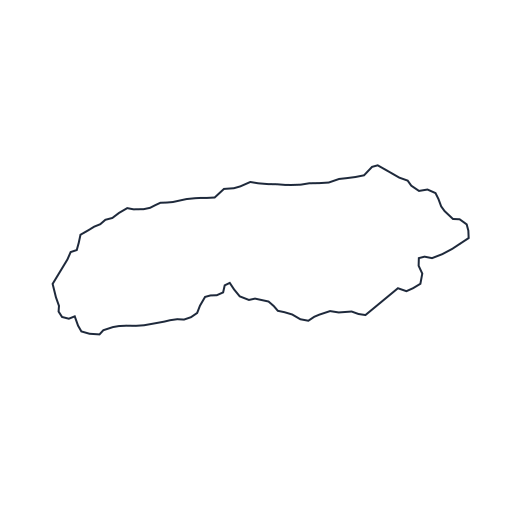 Baixio, Ceará, Brazil, rotated 331°
{"feature_id": "56859067B56515520379315", "entity_name": "Baixio", "entity_type": "district", "adm_level": 2, "iso_a3": "BRA", "parent_name": "Brazil", "parent_adm1": "Ceará", "projection": "albers", "projection_center": [-38.756, -6.713], "detail": "fine", "context": "isolated", "style": "outline", "palette": "slate", "viewbox_px": 512, "rotation_deg": 331, "n_neighbors": 0, "source": "geoboundaries", "source_scale": "gbopen_adm2", "svg_char_len": 1603}
<svg xmlns="http://www.w3.org/2000/svg" viewBox="0 0 512 512"><g transform="rotate(331 256 256)"><path d="M412.4,245.5L406.4,235.7L400.7,234.3L389.6,237.8L381.2,235.1L372.9,231.8L366.0,228.9L355.2,227.0L346.8,223.0L337.8,218.2L329.7,215.3L321.3,211.0L316.0,208.0L309.1,203.4L301.3,198.9L293.2,193.5L286.9,188.5L276.0,187.5L269.5,186.0L260.5,181.8L248.2,184.8L241.4,181.5L236.0,178.5L230.9,176.0L222.8,172.5L216.5,170.6L209.5,168.5L203.9,166.0L198.2,163.1L192.6,162.7L186.7,162.5L180.5,160.6L171.5,155.8L166.6,151.7L157.1,151.9L148.8,153.1L141.8,151.3L135.2,152.7L128.7,151.9L122.0,152.2L112.8,152.3L107.3,158.6L102.1,163.9L95.8,162.7L89.4,167.6L64.6,181.8L61.0,195.1L59.5,204.1L56.4,208.9L56.8,215.3L61.9,220.1L68.2,220.9L66.6,230.6L66.7,237.3L72.7,243.3L81.1,248.7L86.5,246.9L96.4,248.8L102.1,250.8L109.0,254.2L117.0,258.8L124.5,262.3L136.2,266.3L143.9,268.9L149.7,270.5L156.5,273.1L162.2,276.7L169.5,278.0L176.9,277.3L182.9,272.3L191.6,267.1L197.0,268.4L202.7,271.3L209.6,271.9L214.4,266.5L220.0,266.8L220.6,274.6L222.2,283.4L228.5,291.0L234.5,292.8L239.3,297.0L244.9,301.9L247.3,308.5L248.5,314.5L253.6,318.9L259.3,324.7L264.1,332.8L270.4,338.0L277.5,337.4L283.0,338.0L294.1,340.1L301.0,345.5L312.7,350.9L317.5,356.4L323.1,360.7L364.5,353.0L370.5,359.7L377.7,360.3L386.3,360.0L392.9,352.0L393.5,343.4L397.4,336.8L403.1,338.3L408.9,343.2L419.8,344.7L430.9,344.9L450.7,343.4L454.0,336.8L455.6,330.5L451.9,322.6L446.2,319.1L442.7,308.1L442.0,302.4L443.2,294.6L443.5,288.0L438.2,281.0L430.1,278.1L425.9,269.8L425.2,263.6L419.3,256.9L412.4,245.5Z" fill="none" stroke="#1e293b" stroke-width="2"/></g></svg>